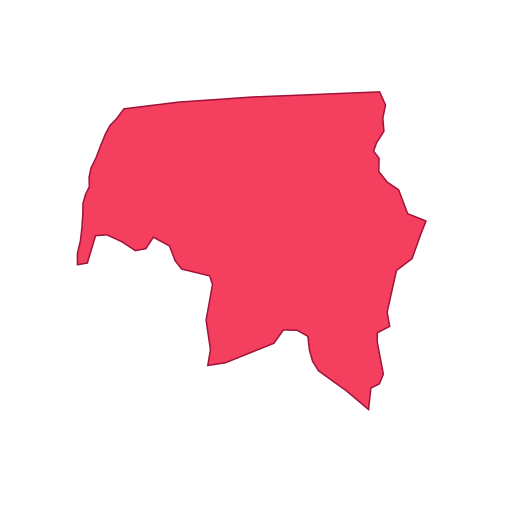 outline of Brejo dos Santos, Paraíba, Brazil, rotated 252°
{"feature_id": "56859067B29664583774319", "entity_name": "Brejo dos Santos", "entity_type": "district", "adm_level": 2, "iso_a3": "BRA", "parent_name": "Brazil", "parent_adm1": "Paraíba", "projection": "albers", "projection_center": [-37.855, -6.391], "detail": "fine", "context": "isolated", "style": "filled", "palette": "rose", "viewbox_px": 512, "rotation_deg": 252, "n_neighbors": 0, "source": "geoboundaries", "source_scale": "gbopen_adm2", "svg_char_len": 978}
<svg xmlns="http://www.w3.org/2000/svg" viewBox="0 0 512 512"><g transform="rotate(252 256 256)"><path d="M75.2,315.6L94.9,324.4L96.3,333.8L104.2,340.6L137.2,344.8L145.5,347.7L147.8,361.4L162.1,363.4L179.2,373.5L198.9,385.2L205.3,403.6L227.0,420.4L236.7,428.5L249.4,413.3L274.9,412.1L285.8,403.6L298.4,398.9L310.8,403.2L319.4,400.3L326.4,405.6L335.1,416.2L348.1,419.3L359.5,425.8L373.9,424.3L408.3,301.8L426.2,230.4L436.8,175.9L429.5,165.6L425.4,157.7L418.9,150.8L409.6,142.9L398.6,134.0L390.7,126.3L382.5,121.6L373.4,118.9L367.3,112.9L359.5,107.7L349.0,104.1L336.1,98.9L324.9,93.8L313.5,86.9L302.9,83.5L301.4,93.4L324.9,109.7L322.2,120.7L311.1,132.8L298.4,142.9L297.0,153.5L305.6,164.2L292.3,176.8L276.2,177.7L266.5,181.3L251.4,205.8L242.3,205.8L210.4,188.7L180.9,183.7L166.8,176.3L163.9,193.8L167.5,246.1L177.2,259.2L172.7,272.1L163.6,280.5L149.8,277.7L138.3,277.3L127.5,280.0L111.6,291.6L100.5,299.9L75.2,315.6Z" fill="#f43f5e" stroke="#9f1239" stroke-width="1.5"/></g></svg>